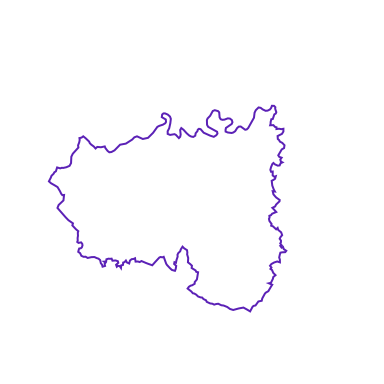 Manoel Viana, Rio Grande do Sul, Brazil, rotated 128°
{"feature_id": "56859067B66108959804614", "entity_name": "Manoel Viana", "entity_type": "district", "adm_level": 2, "iso_a3": "BRA", "parent_name": "Brazil", "parent_adm1": "Rio Grande do Sul", "projection": "albers", "projection_center": [-55.572, -29.43], "detail": "fine", "context": "isolated", "style": "outline", "palette": "violet", "viewbox_px": 384, "rotation_deg": 128, "n_neighbors": 0, "source": "geoboundaries", "source_scale": "gbopen_adm2", "svg_char_len": 4838}
<svg xmlns="http://www.w3.org/2000/svg" viewBox="0 0 384 384"><g transform="rotate(128 192 192)"><path d="M287.4,288.2L289.7,276.2L290.3,272.0L290.0,266.5L292.0,265.7L292.8,260.5L292.9,257.5L294.4,256.9L296.7,254.9L298.7,253.8L300.7,252.1L302.0,251.7L302.0,250.1L300.0,248.4L300.4,246.6L301.5,245.4L303.5,244.7L304.8,245.0L306.0,246.1L307.2,245.7L309.2,244.8L309.1,242.5L310.4,239.9L309.8,237.5L308.5,236.0L308.2,233.6L305.2,231.1L303.3,228.8L302.8,226.6L302.1,224.6L302.2,222.5L304.3,219.9L304.6,218.3L305.9,216.5L303.8,215.0L302.5,216.6L301.0,216.6L301.0,218.4L299.6,216.9L297.7,218.0L296.0,216.8L295.0,215.3L294.0,214.3L295.1,212.4L293.0,210.1L292.2,207.8L293.2,206.5L296.1,207.0L297.2,205.2L295.8,204.9L294.9,203.4L295.6,201.2L293.4,202.6L291.9,201.5L290.0,202.8L288.8,202.0L286.7,201.9L287.6,199.9L287.0,197.5L284.2,198.7L282.1,198.2L280.7,196.8L279.3,196.1L281.6,193.6L280.1,191.9L279.4,190.1L277.5,189.3L276.3,184.7L275.4,181.8L274.2,178.2L269.6,177.9L263.8,177.4L262.6,176.8L261.7,175.1L260.5,174.4L264.4,168.2L264.9,166.8L265.6,162.5L265.8,159.9L264.6,156.9L262.6,157.5L259.9,159.0L259.7,161.8L258.1,162.6L257.6,161.1L255.2,162.3L251.8,163.5L250.4,164.8L248.6,165.2L246.0,164.8L244.1,165.5L240.9,165.8L241.2,163.6L240.9,160.1L242.7,158.3L244.1,157.5L246.3,154.4L249.9,151.9L249.9,148.9L250.1,146.7L252.1,145.5L251.6,140.9L252.3,139.5L251.5,137.8L256.4,135.1L257.9,134.3L261.3,134.4L262.7,133.4L265.5,134.5L266.6,135.4L268.6,136.1L270.8,136.0L270.8,131.3L271.3,129.0L270.6,127.7L270.3,125.5L270.6,122.9L269.8,120.4L268.9,119.0L269.3,117.1L268.7,114.2L269.5,112.8L268.6,109.0L267.5,107.2L267.1,105.2L265.3,103.9L263.9,102.5L263.2,99.2L262.0,97.2L260.9,93.4L260.8,90.1L259.6,86.9L254.9,83.4L251.4,80.3L250.7,75.9L250.3,72.7L245.3,73.6L243.9,73.4L242.3,72.1L237.4,72.3L234.8,70.1L232.6,71.1L227.2,72.0L225.9,71.9L223.2,70.8L217.9,71.5L215.7,71.7L216.6,75.2L215.0,73.9L213.0,74.3L210.6,74.8L209.0,75.6L206.1,75.0L205.7,78.2L204.2,80.9L204.3,82.8L202.6,82.9L202.1,85.1L199.9,85.1L197.0,83.9L194.3,82.1L193.3,79.4L191.2,81.1L189.9,83.0L187.4,84.2L185.4,85.0L184.1,83.9L182.0,81.5L180.3,81.5L180.5,84.5L179.3,86.4L180.7,87.1L180.1,89.2L178.8,88.5L178.2,90.8L176.8,91.0L175.5,92.0L174.9,94.1L173.2,94.5L170.5,94.4L168.9,96.9L168.8,100.7L167.6,102.4L169.6,102.7L169.2,107.0L169.8,108.9L168.2,109.6L167.2,113.1L165.8,114.8L164.5,115.1L163.1,116.4L161.7,115.5L159.8,115.5L155.9,113.3L155.3,116.7L155.0,118.9L152.2,117.6L150.1,118.0L147.3,117.6L145.5,117.3L144.3,118.0L144.5,122.3L144.2,124.0L143.7,126.4L141.7,128.9L140.6,127.0L139.7,129.1L137.5,132.7L134.1,136.1L132.1,135.2L130.4,134.7L128.0,135.7L129.3,136.5L129.3,138.6L126.2,141.0L127.4,142.1L126.3,143.9L123.8,145.0L120.5,145.9L119.0,145.7L119.2,143.8L118.4,140.6L117.1,139.3L114.8,139.9L113.0,139.0L113.3,140.7L112.1,142.4L109.8,142.5L110.6,144.9L110.0,146.6L103.2,147.5L100.7,146.5L98.2,147.9L97.7,151.1L98.2,153.8L97.5,155.2L97.4,157.0L95.2,159.0L90.8,156.9L88.1,157.2L85.9,158.9L87.5,160.3L88.6,162.4L90.4,164.2L89.0,165.2L89.6,166.7L89.2,169.0L91.3,171.5L89.8,172.1L88.5,173.1L85.8,174.3L84.8,173.3L83.3,173.8L80.2,174.9L78.6,174.3L77.2,174.7L75.2,177.7L73.9,178.5L73.6,180.4L74.9,182.1L77.0,181.4L79.0,181.4L81.3,182.5L82.7,184.0L83.4,187.2L83.4,189.7L84.4,191.6L88.3,192.1L91.0,191.5L95.3,188.9L107.0,187.1L109.0,187.4L110.2,188.4L110.4,193.9L111.7,195.4L113.8,195.8L117.5,195.4L119.7,196.1L121.1,197.1L123.1,200.5L123.7,202.7L122.4,203.8L120.6,204.7L114.0,202.6L112.1,203.1L110.8,204.9L110.8,207.3L111.9,209.1L115.0,211.0L116.4,212.5L117.0,214.2L116.2,216.2L112.5,219.6L112.2,221.2L113.5,224.4L115.4,225.5L120.8,224.6L124.5,225.0L126.2,224.5L129.8,221.5L130.7,219.4L129.1,209.3L130.3,207.9L132.3,207.8L135.1,208.8L136.4,212.3L138.1,219.3L137.2,223.9L137.9,225.4L139.3,225.8L140.7,225.2L143.5,225.3L145.6,224.1L147.8,224.9L148.8,226.8L149.2,228.9L149.0,232.3L148.2,236.9L148.2,239.8L150.4,239.5L153.7,236.3L155.8,235.3L157.6,235.5L156.9,239.9L157.2,241.4L160.5,244.4L161.2,246.9L159.1,248.6L155.8,249.2L151.2,251.4L147.4,253.7L146.1,255.8L145.9,258.8L146.7,261.7L147.7,262.9L149.3,263.2L151.6,261.9L151.0,257.3L152.8,255.6L154.3,255.4L156.9,256.4L160.0,258.5L162.0,259.4L169.3,259.1L176.4,260.0L180.5,263.4L182.0,269.6L184.4,271.1L187.5,271.4L194.6,273.9L199.0,277.8L206.9,278.7L210.1,280.1L211.6,281.6L211.6,283.8L210.7,287.3L209.8,288.8L212.8,291.3L214.8,294.4L217.1,294.8L216.6,297.4L216.7,300.7L216.4,302.7L215.6,304.1L215.1,309.2L215.1,312.0L217.1,312.5L218.8,313.9L220.2,312.5L222.4,311.4L225.4,310.5L226.9,308.9L235.2,309.5L238.5,308.8L243.7,305.1L246.8,304.6L249.9,306.3L252.3,308.3L253.1,309.5L254.5,310.4L255.7,313.4L259.5,312.0L261.2,312.6L262.9,312.3L265.7,312.7L267.6,312.1L271.7,311.3L271.9,308.5L271.3,304.4L270.9,301.0L272.7,296.4L273.9,294.0L274.3,292.2L273.1,291.0L277.8,288.1L284.3,289.1L287.4,288.2Z" fill="none" stroke="#5b21b6" stroke-width="2"/></g></svg>